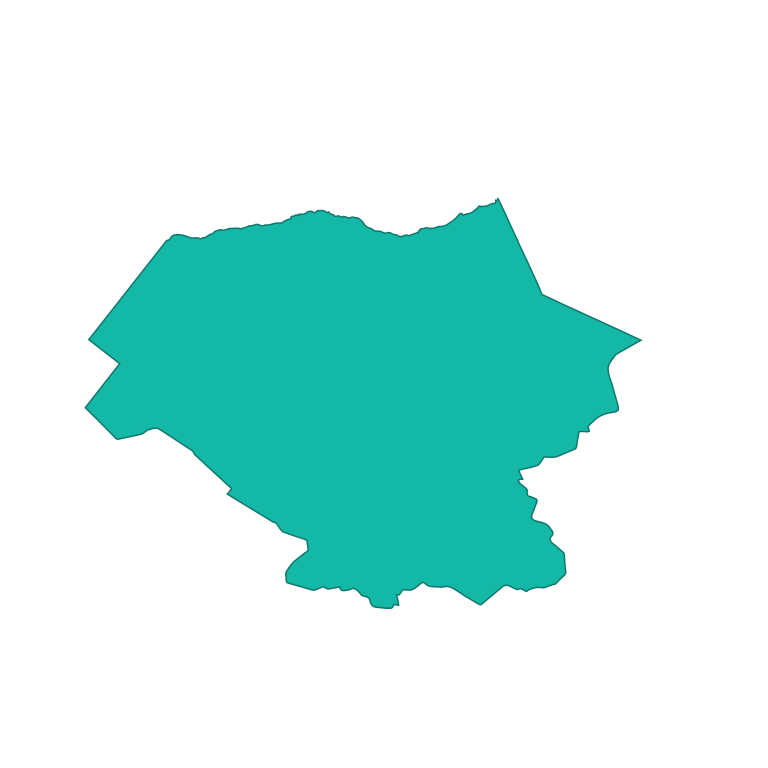 the State of Chihuahua, rotated 308°
{"feature_id": "MEX-2709", "entity_name": "Chihuahua", "entity_type": "State", "adm_level": 1, "iso_a3": "MEX", "parent_name": "Mexico", "parent_adm1": "", "projection": "mercator", "projection_center": [-106.749, 28.699], "detail": "fine", "context": "isolated", "style": "filled", "palette": "teal", "viewbox_px": 768, "rotation_deg": 308, "n_neighbors": 0, "source": "natural_earth", "source_scale": "10m", "svg_char_len": 6171}
<svg xmlns="http://www.w3.org/2000/svg" viewBox="0 0 768 768"><g transform="rotate(308 384 384)"><path d="M237.2,124.1L362.9,124.4L363.7,124.7L364.7,125.7L366.1,126.1L369.4,125.8L372.2,126.9L374.6,129.3L376.6,132.4L378.0,135.3L380.0,141.3L380.8,142.8L383.9,146.5L384.7,147.8L385.0,148.7L385.1,149.2L385.2,149.6L385.7,150.2L388.2,151.7L389.0,152.8L390.7,153.5L393.8,154.4L396.3,155.9L397.7,156.5L399.6,156.7L400.8,157.2L404.0,159.4L405.0,160.3L405.5,161.0L406.0,162.5L406.5,163.3L407.9,164.1L408.8,164.7L408.8,165.0L410.0,165.5L411.4,166.6L417.1,173.3L417.6,174.8L418.3,175.9L423.9,179.6L425.2,180.1L425.7,180.5L427.5,182.5L429.0,183.7L430.3,184.4L431.4,185.3L432.3,187.0L433.3,190.1L434.0,191.3L435.9,192.2L438.4,195.3L444.4,199.9L447.3,203.6L448.2,204.4L450.4,205.0L454.6,207.1L455.1,207.5L455.5,208.0L455.9,208.5L456.7,208.8L457.1,208.8L457.4,208.6L457.9,208.0L458.2,207.9L459.0,208.2L459.5,208.3L460.0,208.5L460.7,209.8L461.4,210.1L462.2,210.1L462.8,210.4L463.1,210.9L463.2,211.8L463.5,211.7L463.8,211.9L464.8,213.0L465.3,212.4L468.7,216.5L470.1,217.1L471.5,217.4L473.1,218.2L474.5,219.3L475.5,220.7L475.7,221.5L475.8,222.5L476.0,223.4L476.4,224.2L477.2,224.4L479.5,224.8L480.0,225.1L480.5,226.0L482.7,228.6L483.5,230.1L483.7,231.0L483.9,232.8L484.0,233.6L485.3,234.3L485.6,234.8L485.5,235.3L485.1,236.3L485.0,236.9L485.2,237.8L485.9,239.0L486.1,239.8L486.0,241.1L485.9,241.6L486.0,242.1L486.6,243.0L487.2,243.6L488.1,244.2L488.6,244.8L488.8,245.5L488.8,246.5L489.0,247.4L489.4,247.7L490.8,248.6L491.9,250.7L492.8,253.1L493.7,254.8L494.2,255.1L495.5,255.8L496.2,256.5L497.7,259.6L498.7,260.9L498.9,262.8L498.8,265.9L498.5,267.9L497.4,270.9L497.2,272.7L497.4,274.7L498.8,279.4L498.8,280.1L498.6,281.5L498.8,282.3L499.1,282.8L500.0,284.0L500.3,284.3L500.6,285.2L502.0,286.9L503.0,290.9L503.3,291.6L504.7,293.2L506.0,294.2L506.9,295.5L507.6,299.1L508.9,301.6L509.4,302.8L509.5,304.0L509.6,304.9L509.9,305.7L510.9,306.9L514.4,309.3L515.5,310.4L515.7,310.9L516.0,311.7L516.3,312.4L516.7,312.7L517.3,313.0L523.3,316.8L524.1,318.0L525.4,317.3L527.5,317.2L529.4,317.7L530.6,319.3L532.3,320.6L533.0,320.9L533.4,321.3L534.7,324.3L537.2,327.1L538.8,328.4L541.3,329.7L544.9,333.7L547.7,335.3L554.5,337.6L559.2,338.6L564.4,338.9L565.1,339.1L565.8,339.7L566.2,340.6L565.6,342.5L566.1,342.9L567.0,343.2L567.7,343.5L571.2,346.5L573.3,347.7L579.8,349.3L581.8,349.2L582.4,349.3L583.1,349.8L583.3,350.3L583.5,351.0L583.9,351.7L587.7,355.5L590.9,357.2L591.8,357.5L592.5,358.0L594.5,360.0L595.6,360.4L596.5,359.9L597.1,359.1L597.8,358.9L598.7,360.4L599.1,360.1L600.2,359.8L600.1,360.2L600.0,360.3L594.1,372.3L588.0,384.0L581.9,395.8L575.8,407.5L566.8,425.3L560.6,437.3L557.5,443.3L551.8,453.4L557.1,476.7L568.6,524.9L572.4,540.9L576.7,559.5L553.5,549.9L551.6,549.2L550.0,548.7L548.4,548.5L540.6,548.8L537.7,549.3L535.0,550.4L531.8,553.0L529.0,556.4L524.1,563.9L510.7,582.1L507.9,584.6L504.9,583.8L502.0,581.2L499.4,578.8L495.6,576.0L491.7,574.0L487.5,572.5L479.5,571.2L477.7,571.0L476.0,571.2L475.0,572.2L474.1,573.8L473.2,574.8L471.9,574.1L469.2,570.2L467.5,568.0L466.5,567.1L458.2,571.3L454.5,573.5L452.3,574.6L450.9,574.8L434.0,565.4L432.4,564.3L430.9,562.9L428.3,559.8L427.0,557.9L426.0,556.1L424.8,555.0L423.0,555.1L421.2,555.5L419.2,555.6L415.3,555.5L412.3,553.7L409.3,551.5L403.6,546.8L401.4,545.1L399.1,543.4L397.8,545.2L397.4,545.8L396.7,547.4L395.1,550.4L394.3,552.0L393.6,550.9L392.7,549.9L391.6,549.3L390.4,549.7L389.5,551.4L389.2,553.8L389.3,556.2L389.2,558.3L389.1,560.4L388.9,561.5L388.6,562.1L385.9,564.1L384.8,565.3L384.5,566.5L385.7,569.9L386.7,573.2L387.0,574.9L386.7,576.0L385.8,576.7L384.3,577.3L371.4,581.3L369.2,582.9L368.8,585.2L369.5,587.9L371.8,593.1L372.9,596.0L373.5,598.9L373.2,601.9L372.2,605.3L371.6,607.1L370.8,608.5L369.6,609.5L368.3,609.7L367.0,609.6L365.6,609.6L363.3,610.9L362.3,613.3L362.2,616.3L362.2,619.4L361.7,628.4L361.5,629.8L360.9,630.8L351.9,638.8L349.3,641.5L347.8,642.9L346.4,643.7L345.0,643.9L343.3,643.7L340.2,643.1L331.8,642.2L329.7,640.4L327.6,639.0L325.4,637.6L323.0,636.3L321.5,635.0L320.3,633.2L319.1,631.3L317.8,629.7L316.0,628.1L314.2,626.7L312.2,625.5L310.1,624.5L308.3,624.0L308.0,623.5L307.7,621.1L307.5,620.0L306.9,617.8L306.4,616.9L305.6,616.5L304.8,616.2L303.9,615.5L303.6,613.9L303.1,612.2L302.8,610.9L302.4,608.3L301.7,605.8L300.4,603.9L298.7,602.7L296.5,602.0L276.4,597.7L271.0,596.6L269.7,596.1L269.0,594.9L268.6,592.5L266.7,577.6L266.4,573.1L266.0,568.1L265.4,563.2L264.0,559.3L262.7,557.6L259.5,554.5L258.2,552.7L256.6,550.3L254.8,547.9L253.2,545.4L252.1,542.8L252.1,538.5L251.6,536.7L249.8,535.8L246.1,535.1L242.2,534.1L238.6,532.4L236.1,529.4L235.2,527.9L234.4,526.6L233.3,525.7L231.7,525.5L230.0,525.7L228.1,525.8L226.4,525.2L225.5,523.6L223.9,525.8L222.3,527.9L220.5,529.9L218.6,531.7L218.1,530.9L217.7,530.0L216.9,528.2L216.4,527.7L216.0,527.6L214.7,528.0L213.4,528.2L212.5,528.0L211.6,527.5L210.7,526.4L208.9,524.1L207.3,521.6L204.1,516.6L203.0,514.8L202.3,513.0L202.2,511.2L202.7,509.1L203.9,507.2L205.2,505.6L206.0,503.9L205.7,501.4L204.4,498.7L203.9,497.3L203.9,495.9L204.6,492.6L204.9,490.9L205.0,489.2L204.8,487.6L204.4,486.3L203.6,485.2L202.4,484.4L200.4,483.2L198.7,481.8L197.1,480.2L195.5,478.2L195.4,477.0L195.6,475.8L196.0,474.7L196.7,473.8L188.7,466.9L187.7,465.4L187.0,461.7L186.1,460.3L180.0,456.9L179.0,456.3L178.2,455.5L177.6,454.4L168.4,431.7L167.8,429.9L168.5,428.4L169.9,427.1L171.4,425.9L172.8,424.4L174.0,423.4L175.4,422.8L177.2,422.5L181.1,422.2L184.6,422.1L188.1,422.3L191.8,423.1L202.0,425.6L204.5,426.5L205.8,426.6L206.9,426.1L213.2,419.7L213.2,418.5L212.6,416.4L211.8,414.1L208.6,405.5L205.4,395.5L205.4,393.3L206.2,390.4L207.9,385.1L208.0,384.1L207.7,383.3L207.0,381.7L206.8,380.8L206.5,377.9L202.7,345.2L200.8,328.4L205.9,328.4L207.2,328.3L207.8,327.8L207.9,326.9L208.0,325.3L210.9,289.8L211.6,282.1L211.8,278.9L212.1,277.5L213.3,275.1L213.4,274.1L211.4,250.0L211.2,246.7L210.2,236.1L210.0,234.0L209.6,232.6L208.8,231.4L207.4,230.0L205.4,228.3L203.6,227.0L201.8,225.9L199.5,225.2L198.1,224.9L196.6,224.4L195.2,223.7L194.0,222.8L177.1,208.7L176.2,207.5L176.0,206.3L176.5,203.0L178.9,184.9L181.5,163.2L237.3,163.2L237.2,124.1Z" fill="#14b8a6" stroke="#0f766e" stroke-width="1.5"/></g></svg>